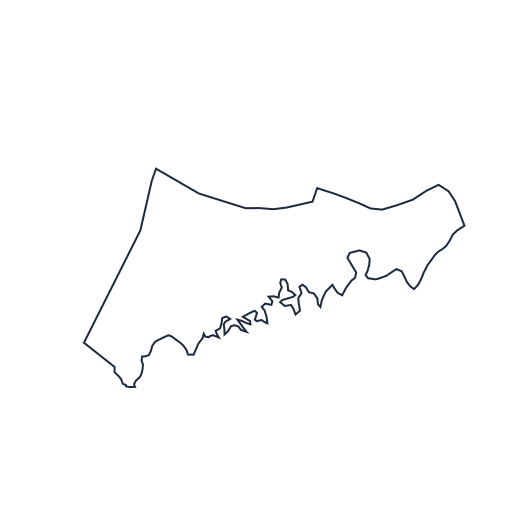 outline of Sabak Bernam, Selangor, Malaysia, rotated 137°
{"feature_id": "92858781B3591974516081", "entity_name": "Sabak Bernam", "entity_type": "district", "adm_level": 2, "iso_a3": "MYS", "parent_name": "Malaysia", "parent_adm1": "Selangor", "projection": "mercator", "projection_center": [101.106, 3.678], "detail": "fine", "context": "isolated", "style": "outline", "palette": "slate", "viewbox_px": 512, "rotation_deg": 137, "n_neighbors": 0, "source": "geoboundaries", "source_scale": "gbopen_adm2", "svg_char_len": 2307}
<svg xmlns="http://www.w3.org/2000/svg" viewBox="0 0 512 512"><g transform="rotate(137 256 256)"><path d="M369.0,226.4L357.9,231.2L351.1,232.4L347.2,234.8L348.0,231.6L346.0,228.8L344.4,228.8L341.6,227.6L338.8,221.7L337.6,226.4L336.5,228.8L331.7,227.6L328.1,229.6L323.0,233.6L319.0,232.0L317.8,227.6L323.4,228.8L326.1,228.0L329.3,223.7L332.5,220.1L327.7,220.1L322.2,221.7L319.0,220.1L317.0,216.5L317.4,212.1L314.6,207.0L314.2,212.1L313.0,222.1L310.7,218.5L308.7,213.3L306.7,209.8L304.7,212.5L307.1,220.5L299.2,218.5L294.4,216.9L294.0,213.7L300.3,210.2L299.9,207.8L295.6,205.4L294.4,200.6L293.6,199.0L289.6,204.6L286.9,210.2L286.5,214.9L281.7,214.9L278.1,209.8L274.9,211.7L274.5,217.7L270.6,214.5L267.8,210.2L264.2,213.3L258.7,215.3L256.7,219.7L253.5,221.7L250.7,218.9L251.9,214.1L255.9,209.0L254.3,205.4L253.9,200.6L257.1,201.0L266.6,205.8L269.8,205.8L269.0,199.8L263.8,196.3L264.6,191.9L267.0,186.3L261.1,186.0L256.7,192.7L253.9,196.3L248.0,197.9L245.2,203.8L241.6,203.4L240.8,199.4L242.0,193.5L239.2,189.1L240.0,183.2L243.6,178.4L243.6,174.8L238.0,178.8L229.3,182.4L219.8,182.8L220.6,179.2L221.4,173.7L219.8,168.5L211.8,171.3L203.1,172.9L198.4,172.5L194.0,175.6L192.0,184.8L190.4,192.3L185.3,194.3L176.5,189.5L173.0,183.2L174.9,176.4L178.9,172.5L184.1,169.3L188.8,167.3L189.2,163.3L184.5,157.4L181.7,155.8L174.1,152.6L166.2,151.4L162.2,150.6L159.9,145.5L161.4,139.9L163.4,134.0L163.8,128.4L163.0,124.0L157.1,124.4L150.3,126.8L144.4,129.6L136.4,132.4L123.7,134.8L119.4,134.8L115.4,134.0L110.3,133.6L103.5,135.2L97.2,137.5L91.2,137.5L82.9,136.0L73.0,160.3L71.0,171.9L73.9,183.5L86.5,187.4L103.0,190.3L118.5,197.1L132.1,203.9L139.8,212.6L144.6,224.2L150.5,236.8L156.3,248.4L165.0,263.9L177.6,257.2L200.8,270.7L211.5,278.5L221.2,289.1L230.9,297.9L255.1,340.5L269.6,388.0L280.9,382.1L323.1,353.6L441.0,309.9L440.9,309.5L435.1,271.3L438.7,267.4L438.4,261.6L438.6,257.9L439.5,255.9L440.2,254.6L440.4,252.7L439.2,250.6L439.9,249.4L438.6,247.3L437.4,246.0L433.8,242.8L433.7,243.1L432.5,245.5L428.9,246.7L423.4,246.7L420.2,247.9L416.6,250.2L412.6,253.8L411.1,257.4L407.9,260.2L405.5,258.2L401.9,256.6L397.6,258.2L393.2,261.0L388.4,262.1L384.1,261.0L378.9,259.4L374.2,257.8L372.6,255.0L370.6,244.3L370.2,240.3L371.0,234.4L373.0,230.4L371.0,228.4L369.0,226.4Z" fill="none" stroke="#1e293b" stroke-width="2"/></g></svg>